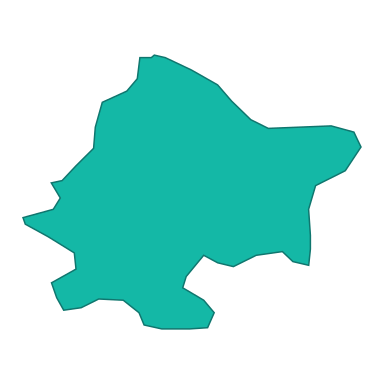 Svalöv, Skåne, Sweden (Robinson projection)
{"feature_id": "70781695B22737117685830", "entity_name": "Svalöv", "entity_type": "district", "adm_level": 2, "iso_a3": "SWE", "parent_name": "Sweden", "parent_adm1": "Skåne", "projection": "robinson", "projection_center": [13.144, 55.989], "detail": "fine", "context": "isolated", "style": "filled", "palette": "teal", "viewbox_px": 384, "rotation_deg": 0, "n_neighbors": 0, "source": "geoboundaries", "source_scale": "gbopen_adm2", "svg_char_len": 778}
<svg xmlns="http://www.w3.org/2000/svg" viewBox="0 0 384 384"><path d="M23.0,217.6L25.3,224.2L48.1,236.7L74.3,252.9L76.0,269.1L51.5,282.8L56.7,297.7L63.7,310.2L81.2,307.7L98.7,299.0L123.2,300.2L139.0,312.7L144.1,325.0L161.7,328.9L189.7,328.9L207.6,327.7L214.2,312.7L203.7,300.2L182.7,287.8L186.2,276.5L203.7,255.3L217.7,262.8L233.4,266.6L256.2,255.3L282.4,251.6L292.9,261.6L308.7,265.3L310.4,249.1L310.4,235.4L308.6,209.3L315.6,185.6L345.3,170.7L361.0,147.0L357.7,140.2L353.9,132.1L331.2,125.9L268.3,128.4L250.8,119.7L231.6,101.1L217.6,84.9L191.4,70.0L165.2,57.6L154.3,55.1L151.3,57.6L139.9,57.6L137.3,78.7L126.8,91.1L102.3,102.3L95.3,127.2L93.6,148.3L76.1,165.7L62.1,180.6L51.3,182.9L60.3,198.0L53.3,209.3L23.0,217.6Z" fill="#14b8a6" stroke="#0f766e" stroke-width="1.5"/></svg>